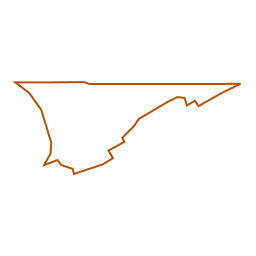 the district of Hancock, Tennessee, United States of America
{"feature_id": "52423323B54321928367648", "entity_name": "Hancock", "entity_type": "district", "adm_level": 2, "iso_a3": "USA", "parent_name": "United States of America", "parent_adm1": "Tennessee", "projection": "orthographic", "projection_center": [-83.193, 36.493], "detail": "fine", "context": "isolated", "style": "outline", "palette": "amber", "viewbox_px": 256, "rotation_deg": 0, "n_neighbors": 0, "source": "geoboundaries", "source_scale": "gbopen_adm2", "svg_char_len": 547}
<svg xmlns="http://www.w3.org/2000/svg" viewBox="0 0 256 256"><path d="M15.4,82.4L29.2,93.0L41.2,109.7L51.3,142.9L50.5,153.9L45.1,163.0L44.2,165.1L57.4,160.1L61.3,165.1L72.7,168.9L74.0,173.9L82.5,171.1L102.9,164.3L113.0,158.2L108.4,150.6L124.2,141.9L122.4,137.6L133.9,126.2L138.7,119.0L166.9,102.3L177.3,97.1L184.6,97.9L186.8,105.5L194.9,100.8L198.5,106.1L221.9,92.9L240.6,83.8L220.4,84.0L186.3,84.0L171.5,84.0L171.2,84.0L93.7,84.0L93.4,84.0L93.2,84.0L89.4,84.0L84.1,82.1L49.5,82.4L15.4,82.4Z" fill="none" stroke="#b45309" stroke-width="2"/></svg>